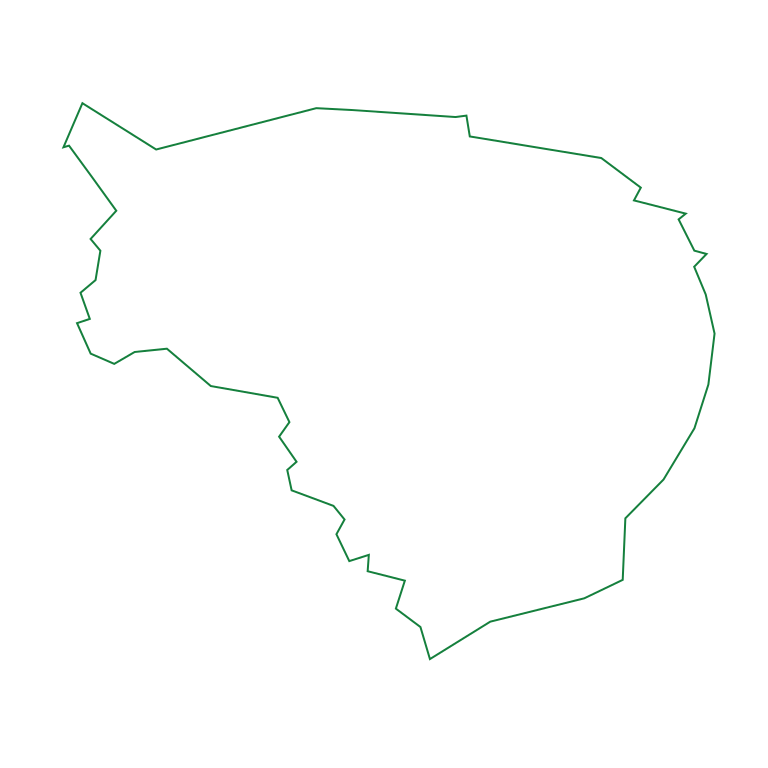 Fentress, Tennessee, United States of America, rotated 92°
{"feature_id": "52423323B70969793356502", "entity_name": "Fentress", "entity_type": "district", "adm_level": 2, "iso_a3": "USA", "parent_name": "United States of America", "parent_adm1": "Tennessee", "projection": "mercator", "projection_center": [-84.916, 36.357], "detail": "fine", "context": "isolated", "style": "outline", "palette": "green", "viewbox_px": 768, "rotation_deg": 92, "n_neighbors": 0, "source": "geoboundaries", "source_scale": "gbopen_adm2", "svg_char_len": 840}
<svg xmlns="http://www.w3.org/2000/svg" viewBox="0 0 768 768"><g transform="rotate(92 384 384)"><path d="M608.1,364.3L625.6,339.1L657.3,328.5L617.8,269.5L591.2,176.4L571.4,138.6L509.8,138.1L469.7,101.3L417.4,72.2L373.2,59.8L322.1,55.4L283.3,65.6L256.0,78.1L242.8,66.2L239.9,78.5L209.2,95.3L203.2,88.4L191.8,140.6L178.8,134.2L150.6,174.7L133.6,306.9L112.9,311.0L114.7,321.8L111.3,426.4L110.7,461.3L157.6,619.9L113.9,695.2L136.7,704.1L158.6,712.6L156.8,707.1L188.2,682.4L220.2,657.6L249.3,682.3L260.7,672.1L290.2,675.9L303.4,690.5L329.2,680.3L333.9,692.9L363.9,678.2L373.3,654.3L360.7,634.3L356.3,602.2L392.1,557.0L401.5,489.8L425.4,477.2L440.3,487.0L464.8,468.7L473.3,477.7L493.5,472.6L507.6,430.2L520.8,418.7L535.8,426.3L562.2,412.5L555.3,393.2L571.7,393.8L579.8,356.3L608.1,364.3Z" fill="none" stroke="#15803d" stroke-width="2"/></g></svg>